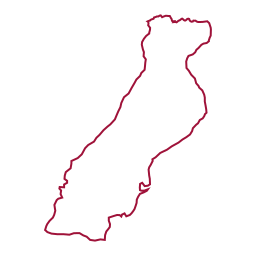 Kritou Marottou, Paphos, Cyprus
{"feature_id": "46923920B67304422398861", "entity_name": "Kritou Marottou", "entity_type": "district", "adm_level": 2, "iso_a3": "CYP", "parent_name": "Cyprus", "parent_adm1": "Paphos", "projection": "albers", "projection_center": [32.584, 34.945], "detail": "fine", "context": "isolated", "style": "outline", "palette": "rose", "viewbox_px": 256, "rotation_deg": 0, "n_neighbors": 0, "source": "geoboundaries", "source_scale": "gbopen_adm2", "svg_char_len": 2831}
<svg xmlns="http://www.w3.org/2000/svg" viewBox="0 0 256 256"><path d="M147.6,21.4L148.1,21.7L148.5,23.2L148.2,25.3L150.1,27.8L150.0,29.8L149.2,32.8L149.2,33.5L146.1,36.0L143.9,38.8L142.1,42.0L141.8,44.7L142.9,49.4L143.9,52.1L143.6,56.3L145.8,59.3L145.3,62.6L145.0,66.1L144.6,69.8L141.3,73.0L140.1,75.9L136.4,79.5L134.5,83.0L131.7,87.8L128.6,93.5L124.0,97.2L121.3,103.0L120.4,107.1L118.3,111.3L116.5,115.5L114.9,119.4L110.3,124.4L107.5,126.6L103.5,130.2L99.5,134.9L96.4,137.8L94.0,141.6L88.2,145.0L85.1,148.2L81.8,154.3L77.7,158.1L71.4,161.0L71.4,163.6L70.6,168.3L67.9,170.4L65.8,172.1L64.8,175.5L64.5,178.9L67.1,180.8L67.1,182.8L64.1,184.5L64.1,187.3L62.2,187.2L59.7,187.0L59.4,188.6L61.1,190.5L60.6,194.1L62.2,197.6L58.3,198.7L56.7,200.1L54.4,204.9L54.9,208.3L55.3,210.7L54.2,214.8L52.9,217.6L49.7,220.7L47.3,224.0L46.3,226.1L45.1,230.0L46.0,230.8L47.4,232.1L51.5,233.6L57.3,234.2L63.5,234.2L69.4,234.7L73.9,233.2L79.5,233.1L83.3,235.4L86.7,236.7L89.9,239.7L90.1,239.9L95.0,240.6L100.4,239.4L104.8,239.9L105.1,235.1L106.3,231.5L108.4,228.9L109.8,227.0L110.0,224.1L108.8,220.7L108.8,217.6L113.7,216.0L117.0,215.0L119.7,215.1L121.3,216.5L122.0,214.6L124.5,213.4L126.3,216.3L129.8,215.0L131.6,213.2L133.2,211.1L134.5,209.1L135.6,206.0L136.6,202.9L136.8,199.6L138.0,197.0L138.9,195.5L139.2,195.1L139.9,193.9L143.7,192.4L146.8,190.8L147.9,189.3L144.4,190.6L141.3,190.7L140.0,190.1L139.8,187.6L140.1,183.9L142.2,182.8L144.7,186.1L147.9,185.7L150.0,184.3L149.8,178.8L149.2,175.6L148.6,169.6L149.2,167.3L150.7,164.9L151.7,162.9L152.7,160.9L152.4,159.3L155.6,157.3L160.3,152.9L167.0,149.7L171.8,146.3L178.5,142.6L182.5,139.5L186.3,137.2L190.0,134.5L192.1,131.1L192.9,128.2L196.2,124.7L198.0,123.3L199.8,120.0L202.7,118.4L204.2,116.2L205.0,114.1L206.5,112.7L206.2,109.3L205.6,105.7L204.8,101.5L204.8,97.6L204.2,94.7L202.3,90.4L199.2,87.6L198.5,85.9L196.2,83.3L194.9,78.5L191.2,74.7L188.8,70.7L186.5,68.0L186.4,65.7L186.2,61.5L187.2,58.3L188.5,55.9L192.8,54.4L195.2,52.3L196.4,49.8L198.5,48.0L201.4,44.8L203.5,43.6L206.7,43.0L208.9,41.2L208.8,40.5L209.7,37.7L210.7,35.6L210.9,29.6L210.7,27.7L209.2,23.1L208.1,22.1L207.3,21.3L204.9,21.6L202.7,21.9L200.1,22.0L198.1,22.0L196.8,21.6L196.2,21.2L195.6,20.7L194.2,20.7L193.4,20.6L192.8,21.5L192.7,21.5L191.5,21.7L190.4,21.2L189.6,20.3L189.2,19.0L188.5,18.7L187.3,18.9L186.3,19.9L185.4,20.5L184.7,20.5L183.9,20.1L183.0,19.2L182.1,18.6L181.3,19.0L180.5,19.7L179.5,20.4L178.5,20.7L177.7,21.4L176.6,22.3L176.1,22.1L174.6,22.0L173.7,22.1L174.3,21.2L172.4,21.3L172.0,20.7L171.5,18.8L171.0,18.2L170.5,17.3L169.8,16.0L168.4,16.0L166.5,15.8L165.6,15.8L164.8,16.1L163.4,16.6L162.1,17.2L160.7,15.4L159.7,15.6L158.2,16.5L157.0,16.4L156.2,16.8L154.0,17.5L153.6,18.7L153.5,18.8L152.8,19.0L151.8,19.3L150.5,19.9L150.1,20.5L148.5,21.0L148.0,21.2L147.6,21.4Z" fill="none" stroke="#9f1239" stroke-width="2"/></svg>